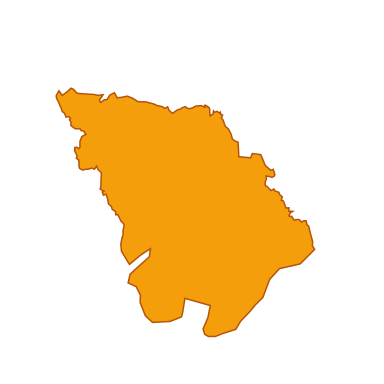 Vavatsinia, Larnaca, Cyprus, rotated 158°
{"feature_id": "46923920B57203172631689", "entity_name": "Vavatsinia", "entity_type": "district", "adm_level": 2, "iso_a3": "CYP", "parent_name": "Cyprus", "parent_adm1": "Larnaca", "projection": "equal_earth", "projection_center": [33.234, 34.887], "detail": "fine", "context": "isolated", "style": "filled", "palette": "amber", "viewbox_px": 384, "rotation_deg": 158, "n_neighbors": 0, "source": "geoboundaries", "source_scale": "gbopen_adm2", "svg_char_len": 2971}
<svg xmlns="http://www.w3.org/2000/svg" viewBox="0 0 384 384"><g transform="rotate(158 192 192)"><path d="M99.8,92.8L100.5,97.2L98.7,100.8L98.0,107.1L96.6,116.6L97.6,118.6L97.0,122.6L99.0,123.4L101.8,123.1L102.7,126.0L104.4,127.0L107.8,127.7L108.8,132.2L110.7,132.8L111.0,133.7L108.8,135.8L105.9,136.3L109.5,138.1L108.1,141.1L111.0,142.0L110.8,143.8L110.6,146.9L110.7,149.6L112.3,150.7L110.1,153.8L111.6,156.4L111.6,159.2L112.6,160.1L114.8,162.1L114.9,164.1L118.1,163.7L119.2,166.0L120.4,169.2L121.6,170.4L121.2,172.2L120.3,174.0L117.9,176.5L117.4,179.0L114.3,177.3L112.4,175.6L110.2,175.8L108.6,177.1L108.4,179.4L108.2,182.6L110.8,182.6L114.1,189.0L114.2,200.9L121.7,205.1L124.8,201.7L135.4,207.2L133.2,213.3L130.6,220.9L133.4,223.6L134.7,226.3L134.6,226.9L134.1,230.9L134.6,236.8L135.7,238.9L136.6,240.5L136.2,247.0L137.1,249.7L136.4,250.2L134.8,251.9L136.2,253.1L135.9,255.5L137.1,255.0L138.5,257.4L141.2,257.5L141.7,259.1L143.3,256.4L146.6,255.7L145.4,260.1L144.8,261.3L144.4,263.6L145.6,265.0L145.4,265.5L146.2,266.2L147.3,267.7L147.8,267.4L148.3,266.7L148.2,265.8L148.7,265.9L149.7,267.3L151.0,268.5L151.9,268.9L154.2,269.6L156.2,270.3L159.9,269.8L163.3,270.2L165.1,271.5L166.2,273.7L169.7,273.8L171.8,273.2L174.2,273.6L177.7,273.0L180.4,272.2L181.7,274.3L182.6,276.2L182.7,280.1L185.8,279.6L187.4,282.1L192.1,285.3L194.0,287.5L201.0,292.9L208.2,296.0L211.7,300.9L215.9,305.0L216.0,305.1L222.4,306.3L226.1,307.4L226.7,313.1L232.0,312.6L236.3,309.5L238.6,310.4L243.0,309.2L243.5,311.8L238.0,315.5L242.7,316.7L246.8,319.4L251.9,321.7L261.6,326.6L263.5,331.7L265.3,333.6L270.6,331.6L276.3,330.2L277.4,335.7L277.7,335.5L281.9,332.1L282.5,329.6L282.1,326.5L282.1,321.8L282.1,321.3L281.8,318.5L282.2,315.4L280.7,312.6L280.7,308.6L278.1,308.2L277.0,305.8L278.5,305.0L278.1,301.9L279.4,299.0L278.3,297.2L276.7,294.5L272.0,292.4L271.8,290.5L270.2,289.5L269.3,288.3L269.3,286.6L268.7,285.3L270.1,285.0L272.1,284.9L273.6,284.5L275.0,282.9L276.8,281.1L277.7,279.0L279.1,275.5L280.8,274.6L281.9,276.6L283.9,277.2L285.4,274.1L285.0,269.9L285.0,268.4L286.6,266.7L285.1,264.1L285.9,261.2L286.9,259.1L287.4,256.0L285.2,253.3L282.2,252.9L279.5,252.0L275.8,251.7L274.0,249.6L270.8,251.7L270.7,247.8L268.8,243.7L271.8,237.3L274.4,231.2L276.1,229.1L273.3,225.7L275.2,225.6L275.3,222.2L272.5,222.2L272.8,217.4L273.9,212.2L272.1,208.6L272.5,205.9L270.2,202.3L271.3,199.4L269.2,198.8L269.2,198.6L269.1,196.5L268.9,194.1L268.7,191.4L267.6,189.0L267.2,186.7L269.4,183.6L270.9,181.1L271.8,178.2L273.4,176.6L274.3,175.3L277.5,170.4L279.6,163.5L277.4,149.9L277.1,148.3L264.2,152.5L258.6,153.7L251.8,155.0L255.8,147.9L272.8,141.8L280.3,138.9L285.3,131.6L279.2,125.2L278.5,115.6L281.5,109.0L281.6,94.7L277.5,85.9L260.9,80.2L248.5,80.1L246.0,83.5L238.4,96.0L217.6,79.9L224.2,69.7L233.1,60.8L233.5,55.3L230.9,51.9L224.5,49.3L217.3,49.3L202.8,48.3L195.0,54.2L183.7,59.2L175.8,63.5L165.8,67.7L152.7,81.9L139.6,88.2L118.7,84.8L99.8,92.8Z" fill="#f59e0b" stroke="#b45309" stroke-width="1.5"/></g></svg>